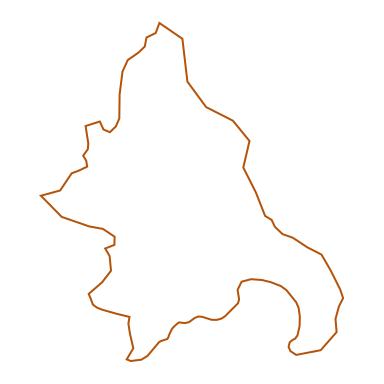 Azua, Mercator projection
{"feature_id": "DOM-1974", "entity_name": "Azua", "entity_type": "Province", "adm_level": 1, "iso_a3": "DOM", "parent_name": "Dominican Republic", "parent_adm1": "", "projection": "mercator", "projection_center": [-70.822, 18.624], "detail": "fine", "context": "isolated", "style": "outline", "palette": "amber", "viewbox_px": 384, "rotation_deg": 0, "n_neighbors": 0, "source": "natural_earth", "source_scale": "10m", "svg_char_len": 1372}
<svg xmlns="http://www.w3.org/2000/svg" viewBox="0 0 384 384"><path d="M296.2,354.9L290.5,351.2L288.6,346.9L289.7,342.3L292.2,340.2L295.2,338.6L297.5,335.4L299.6,326.1L299.8,316.4L298.6,307.8L296.2,302.3L286.5,290.2L280.7,286.0L270.6,282.1L261.9,280.0L251.0,279.2L241.6,281.7L237.6,289.8L239.1,299.5L238.0,303.3L225.0,316.3L221.4,318.6L216.7,319.9L211.6,319.8L202.4,316.9L198.4,316.5L195.0,317.8L188.9,322.2L184.8,323.1L179.2,322.4L177.3,323.6L172.9,327.7L171.7,329.4L169.0,335.1L168.4,337.2L167.3,339.0L161.4,340.9L159.2,342.0L147.5,355.9L141.3,359.7L130.9,361.0L126.7,359.4L133.3,348.3L129.9,333.4L128.4,323.6L129.5,316.9L116.7,313.8L102.5,309.8L97.1,307.7L92.9,304.6L90.9,299.2L88.7,293.9L102.1,282.3L111.0,270.7L109.6,256.0L105.2,248.5L114.4,244.9L114.6,236.7L102.9,228.9L89.1,226.4L61.7,216.9L40.9,195.7L60.1,190.5L71.7,173.3L78.9,170.6L87.2,166.6L86.2,160.7L83.2,155.6L87.8,149.3L88.3,143.5L85.6,126.0L99.8,121.5L103.5,129.5L109.9,132.2L115.9,126.4L119.3,118.5L119.6,94.6L122.5,71.6L127.8,60.0L138.6,52.5L144.8,46.5L146.5,37.5L155.7,33.0L159.4,23.0L182.4,38.8L187.4,81.6L206.1,107.1L232.9,120.7L249.5,141.0L243.3,167.5L255.9,192.5L265.1,215.9L271.6,219.9L274.9,226.8L282.5,234.1L292.7,237.7L307.3,247.3L321.5,254.6L330.6,270.3L340.2,289.5L343.1,298.1L338.9,306.5L335.5,319.0L336.6,332.1L320.7,350.2L296.2,354.9Z" fill="none" stroke="#b45309" stroke-width="2"/></svg>